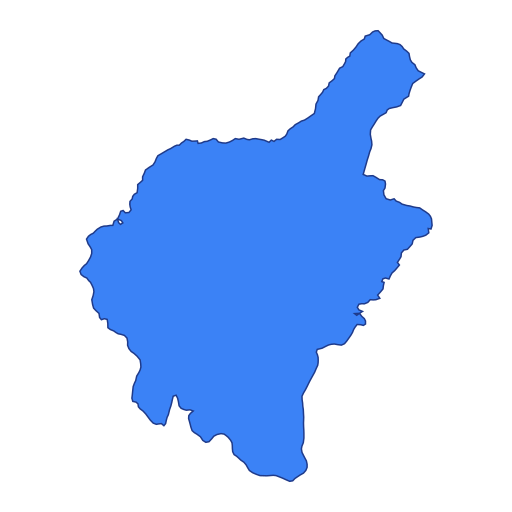 outline of Jequitaí, Minas Gerais, Brazil
{"feature_id": "56859067B67502513716285", "entity_name": "Jequitaí", "entity_type": "district", "adm_level": 2, "iso_a3": "BRA", "parent_name": "Brazil", "parent_adm1": "Minas Gerais", "projection": "mercator", "projection_center": [-44.461, -17.201], "detail": "fine", "context": "isolated", "style": "filled", "palette": "blue", "viewbox_px": 512, "rotation_deg": 0, "n_neighbors": 0, "source": "geoboundaries", "source_scale": "gbopen_adm2", "svg_char_len": 5598}
<svg xmlns="http://www.w3.org/2000/svg" viewBox="0 0 512 512"><path d="M378.1,30.7L375.1,30.9L372.6,32.0L369.8,34.7L365.2,36.1L364.3,39.0L361.0,41.0L358.2,43.7L356.0,47.0L353.4,50.1L350.3,52.9L349.8,56.1L347.6,57.4L345.8,59.0L345.6,61.6L344.4,63.9L342.8,66.6L339.6,68.2L336.9,72.8L334.9,75.8L334.4,78.6L332.1,80.7L329.2,82.9L328.5,86.1L326.3,88.4L323.8,89.6L322.6,92.2L320.6,94.6L318.6,96.8L318.0,100.4L316.0,104.1L315.5,108.8L314.3,113.5L311.1,115.7L308.0,117.9L304.5,120.1L301.3,121.1L299.0,122.6L295.2,124.7L293.1,126.9L290.2,128.8L288.0,130.8L286.8,134.0L285.3,136.2L282.9,137.8L280.1,139.5L276.6,139.3L274.0,141.4L271.3,140.1L269.1,142.3L266.8,141.3L264.2,140.2L261.3,139.6L258.9,139.2L255.7,138.6L252.7,138.8L249.4,139.8L246.9,139.4L243.8,138.1L239.0,139.3L235.3,138.6L232.6,140.4L229.5,142.0L225.8,143.1L222.4,142.9L218.4,142.0L216.1,139.2L213.2,138.6L210.6,139.9L207.2,141.3L204.4,141.6L201.3,143.0L198.1,143.4L197.4,140.9L194.9,141.1L191.8,141.2L189.4,140.1L186.1,139.3L183.9,141.4L181.5,143.0L179.3,145.2L176.9,145.2L174.5,146.2L170.6,148.6L167.9,149.8L165.4,151.3L161.7,153.5L157.9,155.7L156.4,158.4L155.0,161.9L153.0,165.0L149.3,167.3L145.5,170.0L144.3,173.2L142.6,176.8L142.6,180.3L140.2,182.5L137.7,184.6L137.7,188.3L137.1,192.7L134.3,194.3L132.7,196.4L132.2,198.9L130.0,201.4L129.8,204.2L130.2,206.9L131.1,209.8L129.0,212.5L125.3,212.8L123.1,210.5L120.7,211.3L119.5,214.9L117.5,219.0L114.1,221.2L112.8,225.4L110.3,225.4L106.8,226.0L104.0,226.1L100.9,227.0L97.3,229.2L95.2,231.2L93.3,233.2L90.7,234.5L88.5,236.2L86.5,239.1L88.1,243.8L90.2,246.9L91.7,249.7L91.7,253.5L90.5,257.1L88.4,260.9L86.5,263.8L84.4,265.4L82.2,267.8L79.9,271.2L81.1,274.5L83.9,276.7L86.8,278.0L88.7,280.6L90.5,282.3L92.1,285.4L93.5,288.6L93.9,291.7L93.2,295.4L91.8,299.7L92.6,304.5L93.6,308.1L95.8,310.5L99.0,313.4L99.6,317.5L101.4,319.7L104.3,318.7L107.2,319.4L107.8,323.3L107.9,327.7L110.3,329.5L113.7,330.9L116.1,332.6L118.2,333.8L120.9,334.3L124.4,335.4L127.0,338.1L127.7,341.9L127.6,345.3L128.9,348.6L131.2,351.5L134.0,353.4L137.1,356.2L140.1,359.9L140.7,363.8L140.9,367.1L140.1,370.0L138.9,372.5L136.7,376.1L135.7,380.6L134.5,383.1L133.2,386.5L132.7,390.9L132.3,394.9L131.9,398.2L132.8,401.4L136.0,402.1L138.0,403.9L138.4,406.8L140.2,408.9L143.0,411.0L145.8,414.0L148.0,417.0L150.3,420.1L153.2,423.1L156.3,424.3L158.7,423.9L161.4,423.6L163.9,425.7L165.6,423.6L166.3,420.3L167.1,417.3L168.3,414.8L169.0,412.0L169.6,409.5L170.9,405.8L171.8,402.3L172.3,399.8L173.2,396.2L176.1,395.2L177.6,398.2L178.4,401.6L179.1,405.8L181.1,408.3L183.6,409.4L186.3,410.2L190.0,409.8L193.2,411.0L190.4,413.4L188.8,415.6L188.6,418.5L189.4,421.3L190.1,423.9L190.9,427.1L192.1,430.6L194.3,432.6L196.8,434.1L200.4,436.7L202.8,440.4L205.8,442.3L209.0,441.7L211.8,438.7L213.8,436.2L217.0,434.5L221.0,433.6L224.1,434.1L226.2,435.6L228.2,437.3L230.6,440.2L232.0,442.8L232.3,445.5L232.4,448.7L232.7,451.7L234.1,454.6L236.6,456.2L238.4,457.8L240.8,460.1L243.9,462.2L246.1,464.8L247.7,467.7L249.4,470.5L252.6,472.7L256.3,474.3L260.0,475.6L263.5,475.7L266.7,475.8L269.4,475.6L273.3,475.3L276.1,475.6L278.7,476.6L282.5,478.1L286.4,479.9L289.7,481.3L292.7,480.8L294.9,478.5L297.4,476.8L300.1,475.0L303.5,473.1L305.9,470.3L307.1,467.3L307.1,464.3L306.4,460.9L305.0,458.3L303.7,455.8L302.0,452.4L301.4,448.9L301.9,446.2L303.3,442.7L303.9,438.1L303.9,433.4L303.8,430.1L303.6,426.5L303.5,422.9L303.6,420.3L303.7,417.2L303.5,413.8L303.3,409.6L302.8,406.2L302.6,403.0L302.1,399.7L302.0,396.2L303.5,393.0L305.5,389.6L307.2,386.3L308.4,383.8L309.7,381.2L311.0,378.8L312.6,375.9L314.6,372.3L316.3,368.3L317.7,365.3L318.1,362.8L318.2,360.1L318.1,357.4L317.4,354.7L316.3,352.2L317.2,349.4L322.1,348.2L325.6,346.4L328.5,345.0L331.2,344.3L334.3,344.0L337.5,344.6L341.4,345.1L344.5,343.7L346.7,341.1L348.7,338.3L351.0,335.0L352.5,332.4L353.6,329.6L354.9,327.4L357.1,324.5L360.7,324.7L363.4,325.4L365.5,324.0L365.5,321.0L364.3,318.6L361.8,316.4L359.5,313.3L362.5,311.4L358.9,309.9L357.3,307.3L358.9,304.2L361.7,303.7L364.4,303.8L367.8,302.4L370.2,299.7L373.3,299.9L375.9,299.7L379.8,298.3L377.6,295.1L380.7,291.7L383.0,288.9L383.4,285.5L384.1,282.4L381.8,281.6L382.9,278.8L385.5,278.0L389.0,279.0L390.4,275.8L392.0,273.0L394.7,270.6L397.1,267.8L399.4,265.0L397.4,262.4L399.4,259.4L401.0,256.7L401.4,252.9L403.9,250.0L407.4,249.3L409.7,246.8L412.2,243.9L413.0,240.3L415.8,237.6L420.1,237.0L422.9,236.3L425.8,235.2L428.8,232.8L428.2,228.5L431.0,229.0L432.1,225.4L431.8,222.2L431.5,218.9L430.4,216.3L428.7,214.1L425.6,211.8L422.4,209.8L419.7,207.9L416.4,207.5L413.6,207.0L410.0,206.0L406.8,205.5L404.4,204.8L402.0,204.1L399.6,202.4L396.2,201.1L394.1,198.8L390.3,200.0L386.1,198.7L383.9,194.8L383.4,190.6L385.0,188.0L385.5,184.0L385.0,181.1L382.7,179.8L379.5,179.6L375.9,177.3L373.0,175.7L370.2,175.8L366.9,176.1L363.2,174.4L364.2,170.8L365.2,167.3L366.4,163.1L367.2,160.1L368.5,156.1L369.7,151.8L371.0,148.6L371.9,144.8L371.6,141.1L371.0,138.5L370.3,134.3L370.6,129.9L372.3,127.0L374.3,123.9L376.2,120.8L377.9,118.3L380.1,116.1L383.5,114.2L386.1,112.7L387.2,110.0L389.2,108.5L392.6,107.7L396.7,106.9L400.6,105.5L402.4,102.0L403.8,99.2L406.0,97.8L408.6,96.2L409.0,93.8L409.9,90.8L411.1,87.4L412.7,83.5L415.8,81.2L419.1,78.9L422.1,77.0L424.5,73.9L421.4,72.4L418.1,70.7L416.1,67.7L414.9,64.7L411.9,62.4L410.3,59.8L409.5,56.4L409.0,53.4L406.6,51.1L403.7,48.9L402.1,46.5L400.0,44.6L397.3,43.6L394.7,43.3L392.0,43.0L389.3,41.4L386.8,40.1L383.8,38.5L382.2,35.1L380.1,32.8L378.1,30.7ZM117.5,219.0L121.4,220.6L122.8,222.9L120.5,224.4L118.6,222.6L117.5,219.0ZM359.5,313.3L356.7,315.3L354.6,313.6L359.5,313.3Z" fill="#3b82f6" stroke="#1e3a8a" stroke-width="1.5"/></svg>